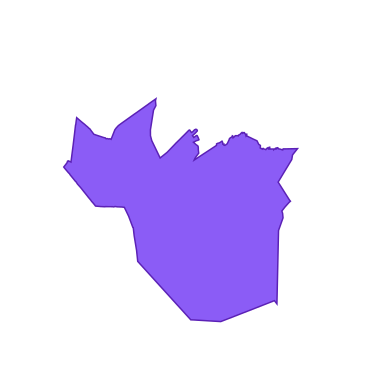 outline of Tlalnepantla, Morelos, Mexico, rotated 219°
{"feature_id": "50627088B24225931260184", "entity_name": "Tlalnepantla", "entity_type": "district", "adm_level": 2, "iso_a3": "MEX", "parent_name": "Mexico", "parent_adm1": "Morelos", "projection": "albers", "projection_center": [-98.964, 19.03], "detail": "fine", "context": "isolated", "style": "filled", "palette": "violet", "viewbox_px": 384, "rotation_deg": 219, "n_neighbors": 0, "source": "geoboundaries", "source_scale": "gbopen_adm2", "svg_char_len": 3812}
<svg xmlns="http://www.w3.org/2000/svg" viewBox="0 0 384 384"><g transform="rotate(219 192 192)"><path d="M198.4,111.8L192.6,106.0L190.5,103.9L112.5,91.9L110.5,93.4L88.1,109.4L78.6,126.0L65.0,149.9L59.6,159.4L55.6,158.5L100.5,216.5L105.0,229.2L108.1,232.4L110.2,233.8L110.3,238.7L110.0,245.0L109.7,246.8L111.2,247.1L131.3,253.9L134.9,280.0L137.2,284.1L137.3,292.1L147.1,283.8L148.3,282.9L148.2,282.0L148.0,281.9L148.1,281.7L149.1,281.3L150.1,281.0L152.2,279.9L152.5,280.0L153.0,280.4L153.5,280.2L153.9,279.6L154.1,279.3L154.3,278.9L153.6,278.6L153.8,278.1L154.7,278.3L155.1,276.3L155.1,276.2L155.9,276.6L158.0,274.8L158.2,274.6L158.4,274.4L159.6,275.5L159.8,275.7L160.1,275.4L160.3,275.1L160.3,274.6L159.8,274.4L159.4,273.9L159.5,273.6L161.2,273.7L161.3,271.4L161.8,271.4L163.0,270.7L164.0,270.7L164.3,269.7L164.7,269.9L164.9,269.6L165.2,269.6L165.4,269.3L165.8,269.2L166.2,269.3L166.5,269.1L167.0,269.5L167.2,269.9L167.4,270.1L167.6,270.6L167.8,270.9L168.2,271.2L169.0,271.2L170.0,271.0L173.7,272.7L178.4,271.5L180.7,271.0L182.2,270.6L183.7,270.3L184.7,270.0L185.1,270.5L185.2,270.0L185.2,269.5L185.6,269.8L186.0,271.1L186.2,270.9L186.4,271.0L186.6,270.8L186.7,270.5L187.0,270.7L188.5,270.7L188.7,271.1L189.1,270.9L189.3,270.5L189.6,270.1L189.6,269.6L190.1,269.7L190.6,269.8L190.8,268.9L190.8,268.4L190.9,268.2L190.9,267.3L191.1,266.6L191.5,266.0L191.4,264.7L191.9,264.6L193.8,263.0L193.9,261.6L194.2,260.0L195.0,260.7L195.6,261.2L196.0,261.1L195.9,260.9L195.7,260.3L195.9,259.3L196.3,258.2L196.5,257.1L196.1,256.1L195.7,254.5L195.3,252.9L195.0,251.6L195.7,249.0L196.5,248.5L197.3,249.4L198.2,248.6L199.3,249.8L199.9,250.1L200.4,250.3L200.7,250.4L201.1,249.0L201.4,248.1L201.8,247.2L202.7,246.0L203.2,244.9L202.3,243.6L210.4,218.2L210.8,219.6L211.1,222.0L211.2,226.4L213.4,228.5L214.1,229.3L214.4,229.7L215.0,230.4L216.1,231.4L217.0,231.5L218.1,231.4L219.0,231.4L222.2,231.6L221.0,234.3L220.8,234.8L220.0,235.8L219.5,237.0L221.3,238.1L223.5,239.1L224.1,238.7L224.5,237.1L224.8,235.9L224.9,235.5L226.1,235.8L226.3,235.9L227.1,236.1L226.6,238.9L226.5,239.7L226.4,241.3L226.3,242.7L226.7,243.3L227.7,243.5L228.5,243.2L229.2,241.9L229.4,239.1L229.9,237.9L232.8,238.7L233.3,238.0L233.9,231.8L234.4,227.6L234.5,226.2L234.8,223.6L234.9,222.9L234.9,222.7L235.1,220.9L235.3,219.4L235.3,218.8L236.3,207.1L238.2,198.4L255.6,206.6L259.7,209.6L263.4,214.1L271.5,228.1L273.4,231.4L274.4,236.4L277.8,239.9L278.7,241.7L281.0,233.7L281.2,232.7L282.0,229.9L282.4,228.4L285.5,217.3L285.9,216.0L286.3,214.5L290.1,200.8L291.0,197.3L291.2,194.2L291.1,191.8L288.0,182.0L288.4,181.9L289.1,181.8L289.3,181.7L289.5,181.5L289.9,180.9L290.1,180.8L290.5,180.6L290.9,180.5L291.3,180.3L291.5,180.1L291.9,179.7L292.3,179.3L292.8,179.4L293.1,179.5L293.4,179.5L294.8,178.8L303.2,175.6L303.6,175.5L304.5,175.1L306.6,175.6L306.9,175.7L308.3,176.0L310.1,176.5L311.3,176.8L312.2,176.7L314.3,176.9L316.1,176.9L317.9,177.0L319.3,177.0L319.8,177.0L320.0,177.0L320.3,177.0L320.9,177.0L321.2,177.0L321.3,177.0L321.5,177.0L322.2,177.0L328.4,177.2L326.5,174.0L324.8,171.3L324.7,170.8L320.0,163.4L314.1,154.0L304.9,139.1L307.5,138.5L307.5,137.8L307.7,137.7L308.1,137.6L307.5,136.0L307.4,130.7L306.3,130.4L303.8,129.9L300.1,129.2L298.7,129.1L297.7,128.7L290.1,127.1L289.2,126.9L288.3,126.9L288.2,126.9L287.3,126.5L286.5,126.3L286.0,126.1L281.6,125.4L275.3,124.0L272.0,123.3L269.0,122.6L268.4,122.5L267.4,122.3L266.3,122.1L265.8,122.0L265.4,121.9L264.0,121.5L262.5,121.3L261.1,121.0L260.4,120.9L260.1,120.8L259.7,120.7L259.0,120.6L258.6,120.4L258.3,120.4L258.0,120.4L255.2,122.3L254.8,122.6L254.4,122.8L254.1,123.0L250.4,125.7L250.4,125.9L246.6,128.9L244.6,130.5L243.4,131.2L242.7,132.3L240.8,133.4L239.2,134.6L236.9,136.3L234.9,137.5L226.0,133.3L215.6,127.2L215.2,127.3L209.4,121.6L198.4,111.8Z" fill="#8b5cf6" stroke="#5b21b6" stroke-width="1.5"/></g></svg>